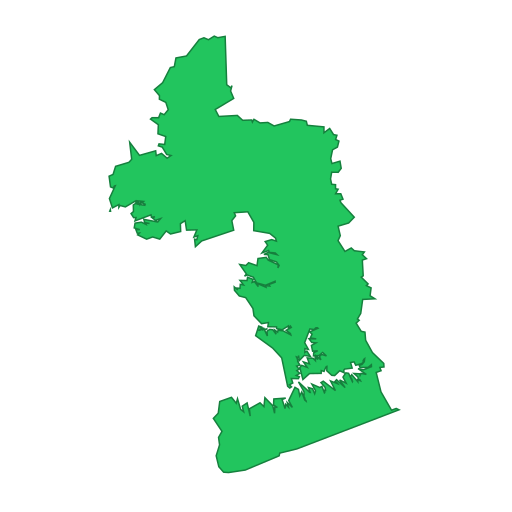 Franklin Local Board Area, Auckland, New Zealand (orthographic projection), rotated 273°
{"feature_id": "76426892B8837637515397", "entity_name": "Franklin Local Board Area", "entity_type": "district", "adm_level": 2, "iso_a3": "NZL", "parent_name": "New Zealand", "parent_adm1": "Auckland", "projection": "orthographic", "projection_center": [174.832, -37.083], "detail": "fine", "context": "isolated", "style": "filled", "palette": "green", "viewbox_px": 512, "rotation_deg": 273, "n_neighbors": 0, "source": "geoboundaries", "source_scale": "gbopen_adm2", "svg_char_len": 6158}
<svg xmlns="http://www.w3.org/2000/svg" viewBox="0 0 512 512"><g transform="rotate(273 256 256)"><path d="M473.7,213.7L472.0,206.4L473.4,202.8L469.5,197.2L471.2,192.6L469.2,188.0L452.1,176.1L449.6,165.7L440.8,164.5L439.7,160.6L424.2,153.7L416.8,145.8L411.1,151.2L407.5,151.3L404.7,157.9L397.5,160.7L392.3,156.9L393.7,153.1L389.0,151.5L388.7,145.0L387.2,143.5L382.0,151.6L372.9,151.7L370.6,159.6L362.6,159.0L362.9,153.3L360.9,152.7L359.8,156.7L352.7,161.5L351.9,165.9L349.0,162.1L353.5,156.3L351.0,151.1L355.8,150.3L350.4,134.4L363.0,123.9L346.1,126.8L342.9,124.2L338.2,111.1L330.0,109.0L328.0,105.1L317.4,107.1L316.4,109.9L318.5,110.9L318.8,111.8L305.7,106.6L296.5,110.1L300.2,116.4L297.4,116.5L299.3,117.6L298.2,123.0L305.0,133.3L304.6,140.9L303.1,139.4L301.9,142.6L300.8,142.3L301.6,134.5L302.5,133.5L300.5,130.8L294.0,131.3L291.8,129.0L287.9,131.8L288.1,134.2L284.7,133.3L291.6,149.0L289.2,149.5L290.0,152.9L288.3,150.9L285.7,154.8L286.9,155.0L288.4,158.8L284.8,156.1L286.7,142.1L283.7,143.0L282.9,148.0L283.1,144.1L281.7,144.7L283.8,139.8L282.5,133.5L277.7,132.9L276.2,138.6L276.0,134.7L272.6,136.2L272.6,137.7L272.8,138.1L272.9,138.3L272.9,138.5L270.9,136.7L267.1,145.9L269.6,151.8L267.8,159.0L276.3,165.0L273.5,169.5L276.5,179.5L284.3,178.8L287.6,183.4L278.2,185.3L279.0,195.6L271.7,193.0L273.2,196.8L269.1,196.0L269.6,193.8L262.1,195.0L268.2,201.0L280.6,232.4L290.1,230.0L295.0,233.5L298.1,232.0L299.7,245.5L289.5,252.1L281.2,252.4L279.3,268.5L274.9,274.6L271.9,275.6L273.2,270.8L270.9,264.4L267.4,267.1L259.4,261.8L262.2,268.3L260.3,269.1L260.1,275.0L258.4,277.0L260.2,267.9L258.0,263.8L258.0,267.9L253.2,269.6L251.2,276.8L247.8,279.6L245.2,278.5L248.3,278.7L252.5,268.4L255.2,266.3L253.6,258.1L246.4,257.5L248.9,249.0L246.0,246.4L246.7,240.2L237.5,247.4L235.3,245.6L236.6,248.3L234.7,254.5L229.2,258.0L227.3,267.0L231.8,276.4L230.8,276.5L228.2,270.3L226.7,271.3L226.9,267.0L225.3,267.6L228.6,258.7L225.5,259.9L230.3,255.8L229.4,253.5L232.5,254.4L234.3,248.7L231.0,248.3L230.8,241.3L226.4,245.1L226.9,241.8L222.9,241.7L223.0,238.0L221.1,239.6L224.0,235.9L220.6,236.3L215.2,241.4L213.9,247.9L203.4,255.7L196.2,257.1L188.7,265.1L190.2,271.9L186.0,271.5L186.3,280.2L184.6,280.4L183.7,286.0L187.9,292.0L185.9,292.1L187.9,294.0L186.5,295.0L183.4,290.0L180.4,294.4L179.0,294.9L182.7,286.9L183.0,281.9L181.1,281.6L183.0,278.7L178.9,280.2L183.3,276.6L183.4,273.6L181.5,271.0L176.7,271.5L182.6,268.4L184.0,271.3L182.4,265.7L183.5,268.1L184.2,267.6L181.9,263.5L182.0,262.9L184.6,265.8L185.4,263.1L185.1,266.1L186.2,262.4L176.4,259.8L164.9,277.5L155.6,287.0L127.6,294.4L125.9,296.6L127.2,298.3L129.1,296.1L131.1,299.4L135.5,297.7L135.7,304.7L137.7,305.6L138.8,302.4L141.1,305.9L143.7,302.7L145.2,305.0L148.2,302.3L149.4,305.6L152.9,303.1L154.9,303.0L155.4,302.5L155.9,302.6L157.1,301.7L157.4,301.6L156.6,303.8L158.9,303.7L153.8,304.7L159.3,309.4L158.6,315.5L163.7,311.8L162.2,309.8L166.1,309.7L165.5,313.2L172.0,309.1L186.0,313.6L185.6,317.8L187.4,319.4L187.6,320.9L187.1,321.7L183.0,313.6L180.9,316.1L177.0,314.5L176.4,320.5L176.1,313.3L172.6,316.2L172.4,320.5L169.6,316.0L163.9,317.5L164.6,322.6L162.4,318.7L159.3,318.6L159.9,324.1L163.2,327.6L159.9,331.6L161.1,326.7L158.9,324.6L155.7,326.3L159.1,321.7L155.8,323.1L158.4,320.3L154.6,320.8L156.8,318.4L156.9,312.5L151.1,315.0L152.7,308.9L147.5,312.9L149.2,307.4L146.9,305.6L135.1,309.3L141.4,315.6L142.2,327.2L145.0,327.2L144.3,330.0L148.5,331.5L149.3,332.1L149.5,332.6L145.1,332.7L140.8,337.9L140.7,340.8L145.8,345.6L144.0,350.1L146.5,349.6L147.7,350.4L149.1,357.9L154.6,356.0L155.4,359.5L152.1,361.3L154.1,367.2L155.7,368.7L156.9,368.4L158.5,369.1L159.2,369.9L156.1,369.7L153.2,367.6L152.2,364.8L150.2,365.7L150.6,373.6L153.5,376.9L151.5,377.1L148.0,369.3L148.9,363.8L143.5,372.4L144.3,367.1L142.2,366.2L143.8,365.7L143.8,360.0L140.6,364.0L137.9,365.1L137.8,366.3L136.8,366.9L137.8,364.0L135.7,364.3L142.5,357.8L140.3,356.5L137.9,358.3L137.0,358.3L136.2,358.9L135.6,359.0L135.4,358.9L143.7,354.6L144.0,351.8L139.6,349.2L133.7,352.7L136.6,346.0L129.2,351.9L136.7,342.9L134.8,341.4L133.7,343.4L133.0,344.2L132.6,344.5L135.1,337.0L125.7,342.4L134.5,329.7L133.0,327.5L128.4,331.9L125.4,332.5L125.5,331.5L123.2,331.8L122.9,331.5L129.2,328.7L128.0,326.5L131.0,318.5L124.8,322.4L124.1,322.5L121.5,321.8L126.4,319.4L127.4,315.2L122.6,317.3L122.6,316.8L132.5,305.0L122.9,311.1L118.3,311.2L116.6,312.2L114.7,312.4L114.6,312.6L114.4,312.8L114.5,313.1L114.3,313.4L114.1,313.5L113.7,313.6L114.7,312.2L122.6,308.8L118.6,307.0L125.0,305.4L126.9,301.8L113.4,296.2L106.7,300.3L111.3,294.9L106.8,296.3L109.5,293.4L105.1,293.0L114.0,289.6L115.7,293.1L114.2,281.3L108.2,281.3L105.8,285.3L106.5,282.7L99.9,282.8L107.3,280.6L115.0,272.3L106.0,271.8L109.6,267.7L103.1,257.4L95.8,258.6L108.8,254.8L105.3,250.1L99.8,251.8L102.0,248.7L112.5,245.0L107.9,244.0L113.6,238.9L108.8,227.4L97.0,226.5L91.6,221.9L79.1,231.2L72.9,228.1L65.5,229.5L54.4,226.7L43.6,229.9L38.4,235.0L38.3,239.9L41.7,256.5L57.7,289.6L60.4,290.0L65.5,306.9L109.9,406.9L111.1,404.0L109.1,399.4L126.9,387.9L146.0,382.1L148.0,386.9L151.2,385.5L151.9,389.6L155.4,389.2L165.7,377.3L177.6,369.9L185.7,368.8L186.3,365.0L194.2,359.5L197.2,362.4L198.4,360.6L204.2,363.6L218.2,364.8L219.5,377.0L222.3,372.0L230.2,372.6L232.2,367.8L234.0,369.4L240.4,362.2L241.8,364.1L257.5,362.4L259.1,366.5L262.8,362.1L265.7,364.0L266.4,353.9L269.0,350.7L265.2,344.6L275.6,337.1L280.7,339.1L290.1,336.4L293.8,346.8L299.9,352.1L313.7,338.0L316.1,336.9L317.3,339.9L322.6,337.4L322.3,332.2L327.0,334.5L327.3,331.9L331.4,331.7L331.6,327.8L336.9,326.4L343.6,327.2L343.9,333.7L348.0,336.5L355.1,334.9L352.3,327.0L357.1,325.5L366.1,326.9L369.0,331.6L375.1,332.8L376.5,329.4L380.8,330.5L381.3,327.1L387.2,322.9L382.6,317.4L388.5,317.1L389.2,300.4L393.2,299.2L394.2,294.3L394.4,283.4L392.0,282.4L386.8,267.3L390.0,260.8L389.1,253.1L392.4,246.8L389.5,245.4L391.6,244.6L390.8,235.6L395.4,230.0L393.4,211.6L400.2,207.6L412.2,225.5L419.4,222.0L424.9,223.1L422.6,222.1L425.5,217.8L473.7,213.7ZM303.8,137.9L301.6,137.7L304.1,139.7L303.8,137.9ZM304.1,136.0L303.5,133.5L302.5,136.5L304.1,136.0ZM294.6,108.1L293.1,107.6L293.1,108.4L294.6,108.1Z" fill="#22c55e" stroke="#15803d" stroke-width="1.5"/></g></svg>